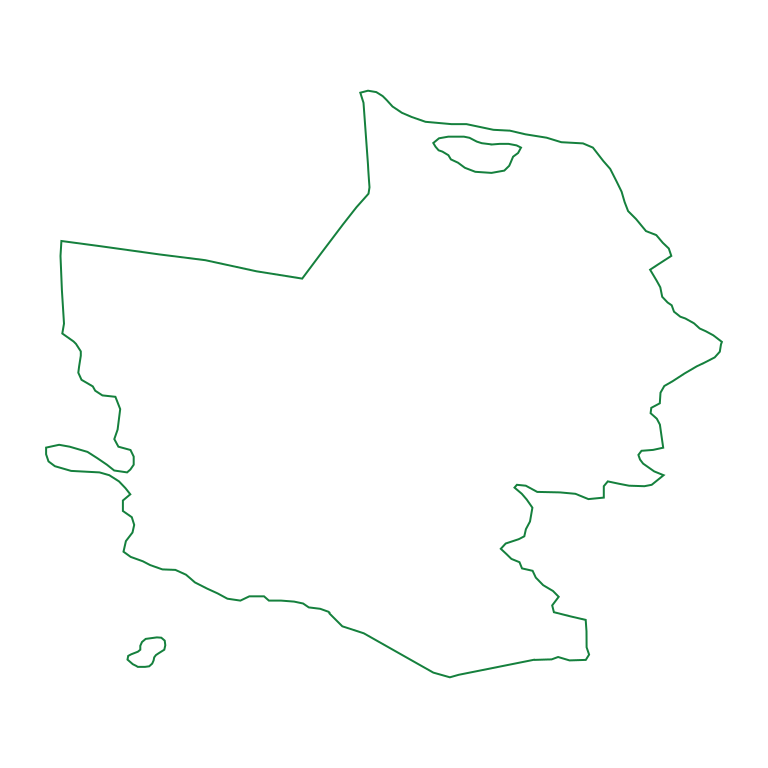 the district of Krokom, Jämtland, Sweden
{"feature_id": "70781695B96181238671333", "entity_name": "Krokom", "entity_type": "district", "adm_level": 2, "iso_a3": "SWE", "parent_name": "Sweden", "parent_adm1": "Jämtland", "projection": "robinson", "projection_center": [14.211, 63.788], "detail": "fine", "context": "isolated", "style": "outline", "palette": "green", "viewbox_px": 768, "rotation_deg": 0, "n_neighbors": 0, "source": "geoboundaries", "source_scale": "gbopen_adm2", "svg_char_len": 3243}
<svg xmlns="http://www.w3.org/2000/svg" viewBox="0 0 768 768"><path d="M360.3,92.7L363.5,102.8L368.0,164.8L368.3,170.4L369.0,180.7L369.5,187.3L368.5,193.7L356.4,207.3L342.9,224.5L321.8,252.4L302.2,278.6L256.5,271.3L205.4,260.2L159.2,254.4L101.1,246.3L61.4,241.0L60.5,256.0L61.9,290.2L64.0,323.6L62.3,333.5L73.6,341.5L76.0,343.9L80.8,351.4L80.8,355.7L79.1,366.5L78.3,372.7L81.5,379.8L92.8,386.4L95.2,390.7L102.4,395.4L115.4,396.8L120.2,409.1L117.6,429.6L114.3,439.1L118.4,446.7L130.5,450.0L133.7,456.6L133.7,464.7L130.4,469.5L127.1,472.4L114.2,470.5L106.9,464.7L97.2,458.1L87.5,451.9L69.7,446.7L59.1,444.8L46.1,447.6L46.1,454.3L48.5,461.4L54.9,466.2L71.1,470.9L89.8,471.9L99.5,472.4L109.3,475.2L119.0,481.4L125.4,488.1L130.3,494.3L122.9,500.5L122.9,511.0L131.8,517.2L134.2,524.9L132.5,532.5L125.9,541.1L123.5,551.7L130.7,556.9L142.9,561.3L150.2,565.1L162.4,569.4L175.4,569.9L186.0,574.7L190.1,578.2L194.9,582.4L207.1,588.6L217.6,593.4L227.4,598.7L240.4,600.6L249.4,596.3L264.0,596.3L268.9,600.6L281.1,600.6L294.1,601.6L303.1,603.5L308.8,607.4L320.2,608.8L328.3,611.7L329.5,612.6L329.4,613.4L342.3,626.3L363.8,633.3L433.3,672.6L449.9,677.3L458.7,674.8L534.3,659.7L534.5,659.9L547.1,659.5L551.6,659.4L558.1,657.0L569.5,660.4L585.8,659.9L589.1,654.6L586.6,647.3L586.5,631.4L585.7,619.9L571.0,616.5L553.9,612.2L552.2,605.4L558.7,596.8L553.0,591.0L543.2,585.2L535.8,577.6L532.6,570.8L522.0,568.4L519.5,562.2L511.4,558.9L506.5,554.1L500.8,548.8L505.7,543.5L518.7,539.2L524.3,536.3L525.9,529.2L530.0,521.5L532.4,507.7L526.7,499.5L521.8,493.8L514.5,487.6L516.9,484.8L525.8,485.7L537.2,491.9L560.0,492.4L575.4,493.8L588.4,499.1L603.8,497.6L603.8,486.2L607.8,481.4L619.2,483.8L629.0,485.7L644.4,486.2L651.7,484.8L663.6,475.2L662.1,474.6L654.2,471.4L643.1,463.6L640.0,459.5L638.4,454.9L641.5,450.8L653.1,449.9L663.2,447.7L661.5,435.9L659.9,424.6L656.8,418.7L650.6,413.2L651.3,407.8L659.8,403.3L660.5,392.7L664.3,386.0L672.8,381.1L684.5,373.5L696.8,366.3L704.0,362.9L714.7,357.4L719.8,351.7L721.0,344.3L721.9,341.9L713.3,335.3L705.7,331.2L699.7,328.5L694.0,323.3L685.4,318.5L680.3,316.7L674.0,311.7L671.7,305.3L667.6,302.5L662.2,296.8L660.3,287.3L656.6,280.6L650.1,269.7L658.0,264.5L671.3,255.9L668.8,248.5L662.8,242.8L656.3,235.1L646.0,231.1L636.1,219.1L628.1,211.1L624.6,202.0L621.6,191.7L616.6,181.5L610.2,168.9L603.3,161.0L592.9,147.6L583.0,143.4L561.3,142.2L546.6,137.7L525.4,134.3L509.6,130.6L508.6,130.6L493.4,129.8L479.6,126.9L466.3,124.1L451.1,124.1L425.5,121.8L411.7,117.0L401.9,112.8L392.5,106.5L386.6,100.0L382.7,96.1L376.3,92.1L368.0,90.7L360.3,92.7ZM491.6,144.5L499.3,143.9L508.7,143.9L516.6,145.4L521.0,147.6L518.1,153.0L513.1,156.7L510.7,162.4L509.2,165.8L504.3,170.6L491.5,172.9L475.3,171.8L464.9,167.8L458.0,162.7L450.9,159.4L448.4,155.2L442.4,151.6L438.6,150.3L435.5,146.7L433.3,143.0L439.0,138.3L448.1,136.7L464.1,136.7L469.5,137.8L476.8,141.6L481.8,143.2L491.6,144.4L491.6,144.5ZM132.8,664.2L136.2,665.9L137.8,666.9L144.8,666.9L149.2,666.3L152.2,663.6L153.6,660.4L154.2,657.4L155.9,655.1L158.9,653.1L164.3,649.7L165.3,645.2L164.7,640.6L161.3,637.7L157.0,637.4L156.8,637.4L145.7,638.9L142.0,642.0L140.3,645.8L140.3,649.7L137.9,651.7L131.2,654.3L128.2,655.9L127.5,659.6L132.8,664.2Z" fill="none" stroke="#15803d" stroke-width="2"/></svg>